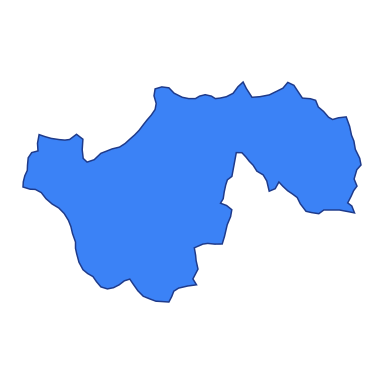 outline of Sumaré, São Paulo, Brazil
{"feature_id": "56859067B51080216941917", "entity_name": "Sumaré", "entity_type": "district", "adm_level": 2, "iso_a3": "BRA", "parent_name": "Brazil", "parent_adm1": "São Paulo", "projection": "robinson", "projection_center": [-47.259, -22.848], "detail": "fine", "context": "isolated", "style": "filled", "palette": "blue", "viewbox_px": 384, "rotation_deg": 0, "n_neighbors": 0, "source": "geoboundaries", "source_scale": "gbopen_adm2", "svg_char_len": 2034}
<svg xmlns="http://www.w3.org/2000/svg" viewBox="0 0 384 384"><path d="M346.2,116.9L338.4,117.8L332.6,119.5L328.5,117.2L323.6,111.5L318.3,107.0L315.6,100.3L310.3,98.7L302.4,98.1L298.1,91.7L293.9,85.3L287.8,82.4L282.9,88.2L269.3,94.9L259.9,96.7L252.0,97.3L246.4,88.6L243.1,82.0L238.0,86.7L233.1,93.3L226.4,96.7L220.0,98.1L215.3,98.6L211.4,96.1L205.2,94.7L199.6,96.1L195.4,98.6L188.7,98.6L182.3,97.3L174.1,93.2L168.9,87.8L161.8,86.9L155.1,88.9L154.0,95.8L156.2,103.5L155.1,109.5L151.2,115.2L147.2,119.8L143.8,124.1L139.1,130.3L134.7,134.9L129.8,139.2L125.1,143.5L119.5,147.1L112.1,148.9L106.1,151.3L100.9,153.3L94.2,159.7L87.1,162.1L83.2,158.4L82.2,149.8L82.9,139.2L76.5,134.3L69.6,139.5L64.9,140.1L59.2,139.6L51.2,138.4L44.9,136.6L39.1,134.6L37.5,143.3L38.0,150.9L31.7,152.6L28.2,157.8L27.5,165.2L27.3,170.4L24.8,175.8L23.3,181.8L23.0,187.0L30.1,189.2L35.3,189.4L41.3,192.6L46.0,198.7L52.1,204.0L58.8,208.0L64.2,213.5L68.4,220.3L70.9,226.6L72.5,233.5L75.5,242.0L75.5,248.3L76.7,253.8L79.0,262.3L83.0,269.7L87.6,273.5L93.0,276.6L96.5,281.7L100.9,286.9L107.4,288.9L113.5,287.7L119.2,284.8L124.4,280.8L129.8,279.1L132.9,283.7L137.9,290.8L143.3,296.3L150.5,299.2L155.9,301.2L161.1,301.5L168.9,302.0L171.7,296.6L173.8,291.2L178.6,288.1L187.7,286.0L196.5,284.8L192.9,278.9L198.0,269.1L196.1,260.6L195.6,255.2L194.3,247.8L202.8,244.1L207.7,243.4L214.6,244.1L222.2,244.0L224.5,236.4L227.2,224.8L230.6,216.6L231.8,209.7L226.6,205.5L220.5,203.2L223.2,198.7L224.2,192.0L225.7,185.0L227.4,179.8L231.9,176.4L236.3,152.6L241.9,152.7L246.1,157.2L249.3,161.3L253.1,165.2L256.9,171.2L263.2,174.9L266.8,181.0L269.2,191.2L275.2,188.7L278.9,182.0L282.9,186.3L287.6,190.7L292.5,194.0L297.2,197.5L300.3,203.8L306.0,211.3L311.7,212.6L318.8,213.7L323.8,210.0L330.2,210.0L334.8,210.0L339.5,210.0L344.2,210.9L349.1,211.8L354.5,212.9L351.8,206.0L347.7,202.9L351.2,196.1L353.6,190.7L357.0,186.1L354.1,179.0L356.8,169.7L361.0,165.0L359.7,158.3L355.3,149.3L353.9,141.1L351.5,135.2L349.6,126.3L346.2,116.9Z" fill="#3b82f6" stroke="#1e3a8a" stroke-width="1.5"/></svg>